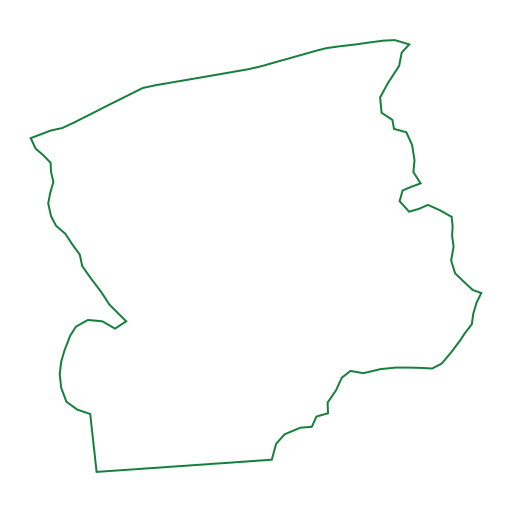 São Domingos, Paraíba, Brazil (Mercator projection)
{"feature_id": "56859067B84117834141491", "entity_name": "São Domingos", "entity_type": "district", "adm_level": 2, "iso_a3": "BRA", "parent_name": "Brazil", "parent_adm1": "Paraíba", "projection": "mercator", "projection_center": [-37.944, -6.804], "detail": "fine", "context": "isolated", "style": "outline", "palette": "green", "viewbox_px": 512, "rotation_deg": 0, "n_neighbors": 0, "source": "geoboundaries", "source_scale": "gbopen_adm2", "svg_char_len": 1326}
<svg xmlns="http://www.w3.org/2000/svg" viewBox="0 0 512 512"><path d="M96.6,471.9L271.8,459.7L276.1,443.8L284.6,434.3L300.3,427.7L311.8,426.8L316.5,416.5L328.0,413.3L327.6,402.6L336.2,390.0L341.8,377.7L350.5,370.9L363.3,373.2L380.6,369.1L395.7,367.6L409.3,367.6L421.0,367.9L432.2,368.5L441.7,363.6L451.3,352.2L460.3,340.2L465.1,332.9L471.8,324.3L473.3,313.6L476.6,302.5L481.3,293.0L472.7,290.0L465.1,282.9L455.1,273.3L451.1,260.4L453.6,246.7L452.1,235.7L452.6,226.1L451.7,216.9L439.8,210.2L427.9,204.9L418.8,208.9L409.1,211.7L399.6,201.2L402.6,190.5L411.7,186.6L420.6,183.4L413.4,172.1L414.5,160.2L412.1,145.0L406.3,132.2L394.0,128.9L392.4,119.9L381.6,112.8L380.1,97.4L388.1,82.8L399.1,65.9L401.7,52.6L409.3,44.4L394.8,40.1L383.8,40.6L369.1,42.5L356.1,44.4L339.5,46.3L326.7,48.1L318.1,50.2L278.9,61.2L260.3,66.5L247.8,69.3L222.0,73.8L155.7,85.2L142.7,88.0L104.0,107.3L94.5,112.2L73.7,122.7L62.0,128.1L51.2,130.4L30.7,138.1L35.7,148.7L43.6,155.5L50.6,162.8L51.0,171.8L53.4,181.9L50.3,192.6L48.2,203.4L51.0,216.0L56.0,225.7L65.3,233.8L72.6,244.8L79.8,254.6L82.2,266.0L90.6,278.0L100.9,291.5L109.4,304.6L118.0,313.2L126.2,321.3L115.0,328.6L102.3,321.3L87.8,320.0L75.9,326.7L70.2,335.7L64.4,350.7L61.2,361.7L59.7,374.3L61.2,387.8L66.4,401.7L77.4,409.7L90.2,414.0L96.6,471.9Z" fill="none" stroke="#15803d" stroke-width="2"/></svg>